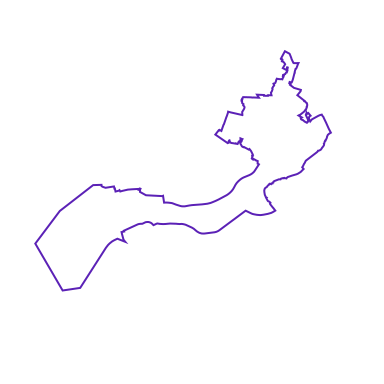 Rotterdam, Zuid-Holland, Netherlands, rotated 323°
{"feature_id": "6326949B29713994538031", "entity_name": "Rotterdam", "entity_type": "district", "adm_level": 2, "iso_a3": "NLD", "parent_name": "Netherlands", "parent_adm1": "Zuid-Holland", "projection": "orthographic", "projection_center": [4.431, 51.923], "detail": "fine", "context": "isolated", "style": "outline", "palette": "violet", "viewbox_px": 384, "rotation_deg": 323, "n_neighbors": 0, "source": "geoboundaries", "source_scale": "gbopen_adm2", "svg_char_len": 5906}
<svg xmlns="http://www.w3.org/2000/svg" viewBox="0 0 384 384"><g transform="rotate(323 192 192)"><path d="M329.0,231.5L328.9,231.3L329.4,231.0L330.2,230.9L331.6,230.3L332.5,229.7L333.1,229.1L334.9,228.1L336.5,228.0L338.6,228.2L339.3,223.8L340.8,217.3L341.8,212.2L342.1,211.3L342.0,209.7L342.2,208.3L340.5,207.6L338.8,207.2L331.7,206.2L331.3,206.2L328.9,206.8L329.5,203.7L329.8,203.5L329.7,203.3L329.7,203.0L330.7,202.6L331.6,202.4L332.0,202.3L332.6,202.4L332.4,198.9L331.2,198.9L331.3,197.6L331.2,197.7L329.3,198.9L328.2,203.9L327.9,204.4L328.0,204.4L328.0,204.9L328.1,205.0L327.3,205.5L326.3,205.8L326.0,205.8L325.9,205.6L325.4,205.8L324.3,203.5L324.4,203.2L324.0,202.2L324.0,201.5L323.7,201.2L323.0,199.9L322.9,199.5L323.0,199.2L323.1,198.9L323.4,198.8L323.4,198.5L324.6,198.6L323.1,195.0L323.9,195.1L324.8,195.4L326.0,195.4L329.6,195.3L331.0,195.0L332.3,194.5L332.6,194.8L334.9,193.3L334.8,193.0L336.0,192.3L336.5,191.7L336.9,191.0L337.0,190.7L336.9,190.3L337.2,190.0L336.6,187.5L336.7,187.4L336.4,187.1L336.7,186.9L334.4,178.1L339.3,176.9L340.4,176.0L336.1,170.2L334.8,165.5L335.5,165.3L335.1,163.7L336.2,162.9L337.4,164.5L338.0,164.3L340.3,162.8L345.8,158.4L345.9,158.5L346.0,158.4L346.3,158.1L346.5,157.7L348.8,156.0L349.2,156.2L350.0,155.9L352.1,154.6L353.4,153.7L354.6,153.1L351.0,150.5L350.7,150.0L350.7,149.5L350.9,149.2L350.9,148.7L351.6,145.5L352.0,144.6L353.1,140.5L353.0,140.0L350.9,135.5L343.3,139.0L343.7,139.8L343.2,140.0L343.7,141.1L342.5,141.8L343.1,142.7L343.4,143.7L343.4,144.6L343.3,146.0L339.1,147.7L340.7,151.2L340.9,151.1L341.1,151.3L342.6,149.9L342.9,150.2L343.2,149.9L343.4,150.2L341.0,152.4L341.1,152.6L340.9,152.7L339.9,153.4L339.8,153.2L339.1,153.2L337.5,153.9L336.9,153.7L336.7,153.8L335.6,153.4L335.7,153.5L335.2,153.3L334.8,153.6L334.6,153.9L334.9,154.3L334.6,154.4L334.8,154.6L334.4,154.8L334.4,155.1L333.2,155.6L332.4,156.1L332.4,155.9L331.2,155.7L329.1,153.9L328.9,153.6L328.2,153.0L328.0,152.6L327.0,153.0L325.8,154.0L324.2,155.0L323.5,155.0L322.4,154.5L322.2,154.5L322.0,155.9L321.8,156.3L321.1,156.5L320.1,156.7L319.4,157.1L318.7,157.3L318.4,157.6L318.4,158.1L318.1,158.5L316.1,159.8L314.9,160.1L314.3,161.2L313.7,162.6L311.4,160.8L311.0,160.5L310.6,160.9L309.1,159.8L307.4,158.4L307.8,157.8L302.5,153.4L302.3,155.2L302.2,157.0L298.0,153.5L297.6,153.3L296.4,152.3L296.2,152.0L289.3,146.5L289.5,146.8L288.7,147.7L288.2,148.1L287.8,147.8L286.9,148.3L286.5,148.9L286.9,149.2L285.6,151.1L285.7,151.8L286.0,152.8L285.0,153.6L285.2,154.8L285.2,155.2L285.0,155.9L284.3,156.5L283.5,157.0L280.2,158.3L278.8,160.5L278.7,160.4L278.4,160.7L270.8,151.7L269.2,149.6L268.6,150.2L265.7,152.2L264.5,152.9L258.1,157.2L257.6,157.3L252.2,160.9L251.4,159.0L250.5,159.2L250.4,158.8L245.2,160.2L249.9,174.4L250.2,174.4L250.3,174.5L252.6,173.2L253.0,173.3L252.2,175.5L252.6,175.7L252.9,176.5L254.3,177.9L255.6,179.3L255.8,179.5L256.3,179.5L256.4,180.1L257.3,181.1L258.3,180.6L259.6,179.9L260.0,180.5L260.7,180.2L261.9,179.6L262.4,179.2L262.6,178.8L263.0,178.3L263.5,179.2L264.1,180.1L263.5,180.3L261.9,181.5L260.7,181.6L260.1,181.9L259.8,182.3L259.7,182.7L259.7,183.3L259.4,185.1L259.4,185.8L259.6,186.4L260.1,187.2L260.3,187.5L260.6,187.4L262.9,192.4L263.7,192.3L263.7,192.7L263.8,192.8L263.8,194.9L263.2,198.1L262.9,199.2L262.1,199.1L262.0,199.7L261.6,199.7L261.5,200.2L259.9,201.2L260.1,202.5L260.3,202.9L261.0,202.6L262.0,204.7L261.9,205.0L262.1,205.3L263.1,206.8L261.5,208.8L262.1,210.2L254.9,212.8L253.6,213.2L251.4,213.4L249.6,213.3L247.9,213.0L241.8,211.4L239.6,211.1L237.8,211.1L235.4,211.3L233.2,211.7L231.1,212.4L228.3,213.7L226.4,214.5L224.2,215.1L222.1,215.4L219.9,215.5L217.8,215.4L208.8,214.0L205.4,213.3L202.3,212.5L200.2,211.9L197.2,210.6L192.7,208.0L184.0,202.4L182.0,201.3L177.8,199.2L176.1,198.0L175.0,197.0L174.1,195.9L171.6,192.4L170.1,190.0L169.3,188.8L168.3,187.8L166.2,185.8L164.5,184.5L163.3,183.7L166.6,177.6L165.8,177.4L153.3,166.9L150.5,160.6L151.9,158.9L152.8,158.4L152.5,157.9L151.4,158.5L150.8,158.2L150.5,158.0L150.9,157.2L145.2,153.4L142.2,151.5L137.3,149.3L135.0,148.4L135.2,146.9L134.6,146.9L133.8,146.7L131.2,145.6L132.5,142.8L132.1,142.6L133.0,140.6L125.5,136.6L123.9,134.3L123.3,132.9L124.0,131.8L117.2,127.0L75.0,127.6L35.8,138.9L29.4,192.8L45.0,201.3L89.8,184.7L93.1,183.8L95.3,183.5L98.5,183.4L100.8,183.7L104.3,184.4L108.7,191.6L108.6,188.9L110.6,183.9L111.6,181.6L114.0,182.7L114.2,181.9L129.2,185.2L130.3,185.6L131.4,186.2L133.3,187.5L136.4,188.1L137.2,188.4L138.6,189.3L139.4,190.0L140.3,191.3L140.7,192.1L141.0,193.1L141.1,194.1L141.3,195.3L144.6,196.0L145.4,196.3L147.1,198.1L149.7,200.3L151.6,201.6L155.5,204.0L160.2,207.8L161.4,208.9L162.9,210.2L164.3,211.1L165.1,211.8L166.1,212.9L167.2,214.3L170.5,220.4L171.3,222.4L172.0,225.6L172.3,226.7L173.1,228.6L173.7,229.6L174.8,231.0L176.0,232.0L177.0,232.7L185.9,237.8L187.6,238.5L189.4,238.9L190.9,239.0L223.6,239.2L226.4,244.7L227.1,245.9L228.0,247.0L229.9,249.1L232.0,251.0L233.2,251.9L235.5,253.2L239.4,255.1L242.8,256.4L245.2,256.8L247.3,257.0L247.3,253.5L247.2,253.4L247.1,248.8L247.6,248.2L248.0,247.9L247.9,247.8L248.1,247.7L248.0,246.3L247.3,245.3L247.2,244.9L247.2,244.5L247.7,241.3L248.2,241.3L247.9,240.5L248.5,238.0L249.7,235.7L250.6,234.3L251.8,233.3L252.9,232.9L255.0,233.0L256.3,232.5L258.1,232.5L258.2,232.2L258.5,232.2L258.4,232.5L259.5,232.6L260.1,233.0L260.1,233.3L260.9,233.2L260.9,233.4L261.4,233.6L261.5,233.4L262.6,233.2L262.8,233.3L263.2,232.8L264.3,232.8L268.8,234.1L269.1,234.2L270.3,235.2L271.0,234.9L272.5,235.4L273.8,236.1L273.6,236.3L274.6,236.9L275.6,238.0L276.2,237.7L277.5,237.7L281.8,239.1L286.0,240.7L287.5,241.1L290.8,241.4L295.0,240.8L294.9,238.6L295.2,238.5L296.5,238.0L298.3,237.0L299.1,236.8L301.7,235.5L315.4,235.4L316.6,235.3L317.5,234.9L317.9,235.2L318.5,235.4L319.4,235.6L320.4,235.7L322.0,235.2L322.6,234.9L324.1,234.6L325.6,234.0L326.2,233.4L326.4,232.8L326.8,232.8L328.3,231.6L329.0,231.5Z" fill="none" stroke="#5b21b6" stroke-width="2"/></g></svg>